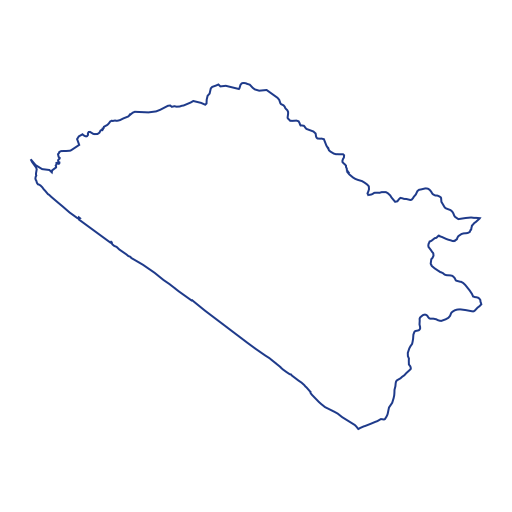 outline of Seluma, Bengkulu, Indonesia
{"feature_id": "22746128B87861638449066", "entity_name": "Seluma", "entity_type": "district", "adm_level": 2, "iso_a3": "IDN", "parent_name": "Indonesia", "parent_adm1": "Bengkulu", "projection": "albers", "projection_center": [102.762, -4.08], "detail": "fine", "context": "isolated", "style": "outline", "palette": "blue", "viewbox_px": 512, "rotation_deg": 0, "n_neighbors": 0, "source": "geoboundaries", "source_scale": "gbopen_adm2", "svg_char_len": 5987}
<svg xmlns="http://www.w3.org/2000/svg" viewBox="0 0 512 512"><path d="M481.3,304.4L481.0,303.1L480.5,301.8L480.3,300.0L479.2,298.5L477.9,297.6L477.4,297.6L476.8,297.3L474.9,297.1L474.2,296.8L473.1,296.5L472.0,294.0L469.7,290.5L465.2,284.9L463.2,283.0L461.1,281.8L460.4,281.8L456.7,280.8L456.1,280.6L455.7,280.2L454.7,278.1L453.3,276.6L452.2,275.8L450.3,275.4L446.7,275.2L445.1,274.8L444.1,274.2L443.0,273.2L440.9,272.2L440.4,272.2L434.7,268.4L431.8,266.0L431.5,265.5L431.4,264.9L431.1,264.7L430.7,263.7L431.3,259.2L432.5,257.9L433.5,255.7L433.3,253.5L433.1,253.0L432.1,251.9L431.0,250.2L428.5,246.9L428.3,245.3L428.6,243.8L429.3,242.4L429.6,241.5L431.3,240.9L434.7,238.2L436.4,237.8L438.6,235.6L439.4,235.8L439.5,236.2L442.0,237.0L446.1,238.9L448.3,239.7L450.9,240.4L452.5,241.0L453.5,241.1L454.1,240.8L454.7,241.0L455.2,240.3L456.2,239.8L456.2,239.6L456.9,239.2L457.5,237.5L458.4,236.1L461.5,234.0L463.6,233.4L466.5,233.2L467.9,232.9L469.7,232.0L470.6,229.9L471.0,229.8L471.2,229.4L471.5,227.5L471.9,226.3L471.9,225.6L472.7,224.9L474.2,223.1L475.9,221.9L479.6,218.5L479.8,218.2L476.7,217.9L474.2,217.9L471.1,217.5L465.7,218.0L458.4,219.1L457.4,218.5L455.0,216.8L454.2,215.6L453.3,213.3L452.3,211.7L451.7,211.1L450.5,210.1L446.0,208.4L444.9,207.6L444.4,206.9L441.4,201.8L441.1,198.1L440.8,197.4L439.5,196.5L437.7,195.7L436.9,195.5L435.5,195.5L434.6,195.2L432.7,194.1L431.8,192.8L431.2,191.7L429.9,190.1L428.4,188.9L427.0,188.5L425.3,188.4L421.2,189.4L419.0,189.8L417.4,191.1L415.8,194.5L413.8,196.8L413.1,198.0L412.2,199.1L411.6,199.7L410.4,200.0L406.4,199.0L404.1,198.9L402.3,198.3L400.4,197.9L398.9,199.3L397.4,201.3L395.1,201.8L391.5,197.5L390.2,195.4L387.7,193.1L385.8,192.1L381.8,192.1L379.5,192.8L377.4,192.7L374.3,192.8L372.5,194.0L371.3,194.5L369.2,194.9L368.5,194.7L368.2,194.9L367.5,193.4L368.4,191.2L369.0,189.2L368.8,186.4L368.4,185.8L366.9,184.3L364.5,182.6L362.0,181.1L357.9,179.9L355.3,178.9L353.0,177.5L349.3,174.4L347.6,172.3L348.4,172.2L346.8,170.0L346.8,168.7L346.0,167.0L346.0,165.7L345.0,164.5L343.6,163.3L342.5,162.1L342.4,160.9L342.9,159.2L343.9,157.5L344.1,155.3L343.1,154.3L335.9,154.2L333.8,153.6L330.3,151.5L328.9,150.2L328.2,147.9L327.9,147.6L327.9,148.1L326.4,145.6L323.9,139.2L321.5,138.6L320.1,138.7L317.5,138.5L316.7,137.8L316.1,136.7L315.6,133.5L313.4,131.5L306.4,128.9L305.0,127.3L304.7,126.7L303.9,125.8L301.5,125.4L300.6,125.5L300.0,124.5L299.7,123.4L298.6,121.3L296.4,120.6L292.0,120.9L291.5,120.8L290.2,120.8L289.0,119.5L288.6,119.2L287.7,118.1L287.6,117.5L288.1,113.8L288.1,111.9L287.4,110.4L286.9,109.8L286.0,109.0L285.1,107.8L284.7,106.7L283.5,105.3L281.0,104.1L280.4,103.3L279.2,99.8L277.5,97.8L266.6,90.0L259.2,90.7L254.8,89.4L252.7,87.8L249.8,84.7L246.3,83.6L246.9,83.6L244.9,83.1L243.0,83.0L241.7,83.4L240.5,84.8L239.5,88.1L238.9,89.0L225.8,85.8L220.4,86.4L218.4,84.5L215.9,85.6L212.2,86.9L210.8,88.4L209.6,93.6L207.6,95.8L206.7,99.6L206.5,103.5L205.2,104.7L201.1,102.9L193.3,101.0L190.7,102.5L183.6,105.5L181.7,105.8L179.7,106.5L176.5,106.7L174.5,106.2L171.8,106.8L170.2,105.5L167.9,105.8L160.2,109.8L156.1,111.4L148.4,112.4L134.8,111.8L132.7,112.7L129.8,115.1L129.7,114.8L128.5,116.3L128.2,116.5L123.4,118.4L120.0,120.1L117.7,120.7L116.1,120.8L115.1,120.5L112.6,121.0L111.8,120.7L110.2,121.5L109.0,123.2L108.0,124.3L107.2,125.0L103.9,126.8L103.7,128.0L102.6,128.5L102.9,129.3L102.3,130.2L101.4,130.0L100.5,130.6L99.4,132.7L97.5,134.0L94.6,134.1L93.3,133.9L90.0,131.9L88.7,132.0L87.9,133.3L88.0,134.9L87.1,136.1L86.7,136.3L85.7,136.3L84.6,135.9L83.2,135.0L82.5,134.3L78.8,136.4L77.1,139.1L79.2,144.9L71.2,150.2L70.1,150.7L66.2,151.0L63.7,151.0L61.1,151.1L59.3,152.0L59.0,153.0L58.0,154.2L58.6,156.8L59.0,157.4L59.7,157.9L59.6,158.6L58.4,159.7L58.1,160.3L58.2,160.9L58.5,162.0L59.4,162.4L59.3,163.4L59.0,163.7L58.7,163.8L57.7,162.8L56.9,162.8L56.4,163.0L56.6,164.3L55.7,165.5L56.1,166.7L56.1,167.4L52.1,170.4L51.8,172.3L49.4,170.0L42.1,169.1L35.6,165.1L30.7,159.3L32.1,162.0L36.1,167.5L36.7,169.3L36.0,173.4L36.0,174.7L36.3,175.5L35.6,177.0L35.4,178.6L35.7,179.8L36.3,180.7L36.9,182.8L37.9,184.3L39.0,184.6L40.5,185.5L42.3,187.3L43.8,189.4L45.0,190.6L48.0,194.2L49.1,194.8L51.2,196.8L57.9,202.5L62.7,206.5L69.6,212.5L77.5,218.2L78.5,218.0L78.8,217.3L79.9,218.2L79.3,218.5L78.7,218.9L79.0,219.6L110.4,242.6L111.1,241.8L111.8,242.4L111.9,243.4L112.3,244.3L114.2,245.9L116.6,246.9L119.3,249.5L126.4,254.4L128.4,256.1L129.9,256.6L130.6,257.1L131.3,258.0L143.0,264.8L154.6,272.8L163.5,280.0L169.5,284.1L178.7,291.3L191.6,300.5L192.1,300.2L204.9,310.6L247.0,342.5L255.7,348.9L265.4,355.6L269.2,358.0L280.5,367.1L280.5,367.3L282.7,369.3L286.4,372.0L289.7,374.2L291.1,374.5L291.7,375.4L298.4,380.5L301.5,382.6L304.3,385.1L305.4,386.5L306.4,387.3L309.9,391.3L310.3,391.7L310.2,391.8L310.8,393.4L312.1,395.0L318.8,401.9L321.6,404.4L322.3,404.9L325.0,407.1L334.8,412.0L337.7,413.6L342.1,417.1L354.8,425.0L356.3,426.5L358.3,429.0L360.1,428.0L363.7,426.4L365.1,426.0L370.7,423.8L375.2,421.9L377.4,421.1L380.8,419.1L381.4,419.1L383.9,419.5L384.3,419.4L384.9,419.1L386.5,416.6L387.4,414.7L387.7,413.7L389.0,407.5L392.2,402.8L393.6,398.2L394.2,395.4L394.4,393.0L394.5,389.8L395.4,386.2L395.7,383.0L396.1,381.4L397.0,380.3L400.5,378.3L402.1,376.8L404.3,375.3L406.3,373.1L409.5,370.2L410.7,369.0L410.8,368.2L410.5,366.9L410.2,366.2L408.9,364.5L408.8,360.7L408.9,358.5L407.9,356.1L407.8,352.9L409.3,348.4L410.4,346.3L412.1,343.9L412.6,341.7L413.1,338.7L413.4,334.6L414.3,332.1L414.8,331.4L415.5,331.0L418.0,330.5L418.9,330.2L419.5,329.6L420.1,328.7L420.1,327.1L419.5,324.4L419.7,320.8L419.6,318.8L420.0,317.7L420.6,317.0L422.8,315.2L424.2,314.7L425.5,314.7L426.5,315.1L427.4,315.9L428.2,317.2L429.1,318.2L430.2,318.7L433.5,318.7L436.3,319.3L437.7,320.1L439.6,320.7L441.3,320.9L445.7,319.3L448.4,317.8L450.1,315.8L451.1,313.2L451.6,312.5L452.8,311.5L454.8,310.3L457.1,309.6L459.2,309.4L460.5,309.4L465.8,310.1L472.1,311.3L473.2,311.4L473.9,311.2L474.9,310.5L477.6,307.6L479.5,306.2L480.9,304.7L481.3,304.4Z" fill="none" stroke="#1e3a8a" stroke-width="2"/></svg>